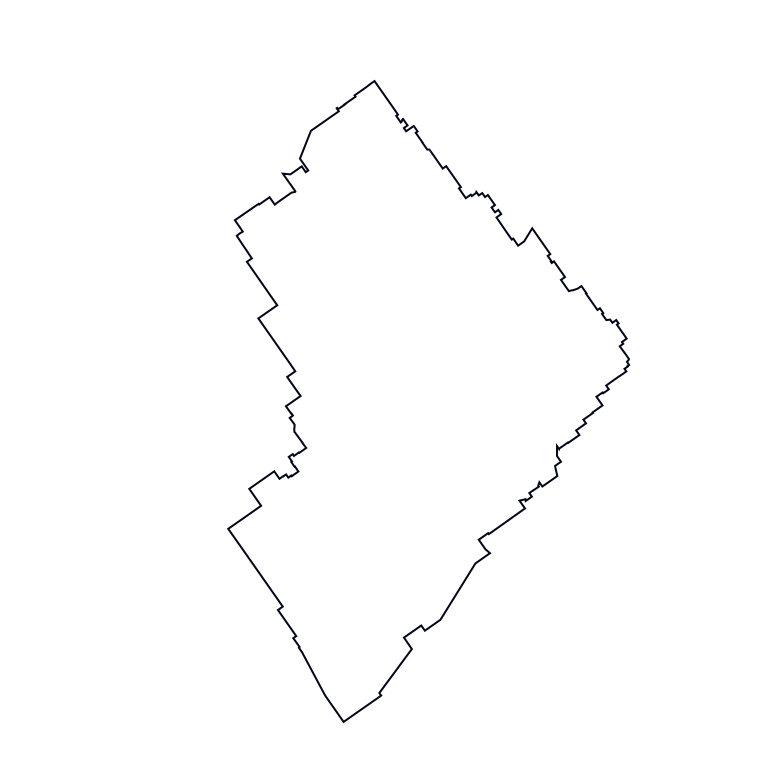 the district of Williams, Western Australia, Australia, rotated 325°
{"feature_id": "25037944B87064425958741", "entity_name": "Williams", "entity_type": "district", "adm_level": 2, "iso_a3": "AUS", "parent_name": "Australia", "parent_adm1": "Western Australia", "projection": "natural_earth1", "projection_center": [116.768, -33.052], "detail": "fine", "context": "isolated", "style": "outline", "palette": "ink", "viewbox_px": 768, "rotation_deg": 325, "n_neighbors": 0, "source": "geoboundaries", "source_scale": "gbopen_adm2", "svg_char_len": 3658}
<svg xmlns="http://www.w3.org/2000/svg" viewBox="0 0 768 768"><g transform="rotate(325 384 384)"><path d="M173.3,413.3L173.4,434.4L173.4,434.8L173.4,438.8L173.4,442.7L173.4,446.5L173.4,458.1L173.4,462.0L173.4,473.6L173.4,477.4L173.4,489.0L173.4,492.8L173.4,504.4L173.4,508.3L167.5,508.3L167.5,520.9L167.5,521.0L167.5,532.3L167.5,540.2L163.9,540.2L164.0,551.0L163.0,551.2L163.0,554.0L163.0,556.9L157.3,603.7L157.1,606.2L157.1,625.8L157.1,637.6L203.0,637.6L203.0,634.4L230.6,625.2L234.0,624.0L254.8,617.1L254.9,603.2L263.0,603.2L276.0,603.2L276.0,609.5L285.8,609.5L295.0,609.5L356.0,583.4L366.0,583.4L373.8,583.4L372.3,577.6L372.3,575.0L372.3,572.3L372.3,565.9L383.7,565.9L383.8,565.9L383.8,567.1L402.1,567.0L411.6,566.9L428.1,566.8L428.1,557.3L433.8,559.5L433.0,561.1L440.5,561.1L440.5,556.7L445.8,556.7L445.8,556.8L451.9,556.9L451.9,555.9L454.9,553.6L454.9,558.8L465.6,558.8L472.4,558.8L473.2,558.8L476.5,550.6L477.2,549.2L484.4,549.2L484.4,546.0L484.4,542.4L484.8,541.7L490.1,534.1L490.1,537.5L490.2,537.4L501.1,537.4L501.1,537.9L514.8,537.9L514.8,532.2L526.9,532.1L526.9,527.6L538.6,527.6L538.6,526.9L550.7,526.9L550.7,516.3L558.2,516.3L558.2,517.3L565.1,517.3L565.1,512.7L574.1,512.6L581.4,512.6L581.8,512.7L587.1,512.7L589.7,512.7L589.7,509.5L593.6,509.5L593.6,509.0L595.7,509.0L595.7,505.2L598.2,504.6L599.0,504.0L599.0,496.2L598.9,496.2L598.8,488.3L603.0,488.3L603.0,486.1L608.8,486.0L608.8,469.0L610.9,469.0L610.9,464.8L606.2,464.9L606.2,461.0L602.8,459.2L602.8,451.7L604.3,451.7L604.3,445.8L601.3,445.8L601.3,433.2L601.3,425.8L601.9,425.8L601.9,417.0L597.5,417.0L592.9,415.7L589.9,414.3L588.7,414.0L588.7,400.2L593.6,400.2L593.6,385.9L593.6,381.1L590.8,381.1L590.8,379.4L591.6,379.4L591.6,373.0L594.7,373.0L594.7,341.5L588.0,344.4L581.0,347.4L580.8,347.6L573.2,347.6L573.3,339.0L571.5,339.0L571.5,330.6L571.7,312.1L577.5,312.0L577.5,307.0L573.4,307.0L573.4,301.1L577.5,301.1L577.5,288.8L574.0,288.8L574.0,284.0L569.8,283.9L569.8,279.6L568.7,280.4L563.7,280.4L563.7,278.7L557.6,278.7L557.6,276.7L557.6,274.7L557.6,266.8L559.9,266.8L559.9,250.6L559.9,247.9L559.9,241.2L555.7,241.2L555.7,234.4L555.7,221.5L555.7,218.1L553.9,216.8L553.9,209.4L553.9,208.4L554.1,208.4L554.1,206.0L554.1,202.4L554.1,196.4L556.4,196.4L556.4,189.8L556.4,189.7L547.1,189.7L547.1,185.7L551.6,185.7L551.6,177.8L550.9,177.8L549.0,179.2L547.8,179.4L547.8,171.4L549.9,171.4L550.0,166.1L550.0,130.4L546.1,130.4L537.7,130.7L531.6,130.7L525.5,130.7L525.5,132.3L520.3,132.3L512.1,132.3L512.2,132.6L504.1,132.6L504.1,131.0L503.4,131.0L503.4,134.7L483.2,134.7L474.1,134.7L469.4,134.7L444.4,151.2L444.4,165.6L441.4,165.6L441.4,158.5L435.7,158.6L427.6,158.6L421.8,153.7L421.9,175.4L421.5,175.7L417.9,174.2L415.7,174.2L402.0,174.2L397.4,174.4L397.4,168.5L397.4,165.4L384.7,165.4L384.7,164.5L369.8,164.4L355.8,164.3L355.8,172.7L355.7,178.2L351.7,177.9L348.4,178.2L348.3,180.6L348.1,189.1L347.8,205.3L341.8,205.3L341.8,216.7L341.7,245.5L341.7,258.3L318.7,258.2L318.7,270.5L318.7,274.1L318.7,285.4L318.7,293.2L318.7,293.3L318.7,308.9L318.6,322.7L308.7,322.7L308.7,341.6L308.8,346.0L300.8,346.0L290.9,346.0L291.0,355.2L291.3,355.2L291.3,357.6L287.3,357.7L287.5,365.8L287.5,366.0L285.8,368.2L284.7,369.3L283.1,371.9L283.3,372.4L283.3,375.9L283.4,376.3L283.4,379.3L283.5,381.7L283.5,382.8L283.5,383.1L283.6,384.9L283.4,384.9L283.6,391.8L280.5,391.8L275.1,391.8L275.1,391.3L270.1,391.3L269.0,391.3L269.0,389.1L264.2,389.1L264.2,394.8L263.3,394.8L263.3,400.5L263.7,400.5L263.7,406.6L257.9,406.6L255.6,406.7L255.6,405.8L251.9,405.8L251.9,401.9L248.8,401.9L248.8,401.7L244.0,401.7L244.0,393.9L244.0,392.6L213.5,392.6L213.5,413.3L173.3,413.3Z" fill="none" stroke="#020617" stroke-width="2"/></g></svg>